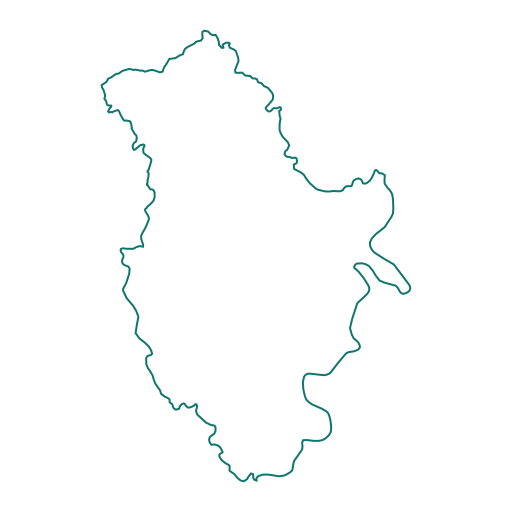 Mashaleng, Mohale's Hoek, Lesotho
{"feature_id": "5366337B32794114479913", "entity_name": "Mashaleng", "entity_type": "district", "adm_level": 2, "iso_a3": "LSO", "parent_name": "Lesotho", "parent_adm1": "Mohale's Hoek", "projection": "robinson", "projection_center": [27.391, -30.076], "detail": "fine", "context": "isolated", "style": "outline", "palette": "teal", "viewbox_px": 512, "rotation_deg": 0, "n_neighbors": 0, "source": "geoboundaries", "source_scale": "gbopen_adm2", "svg_char_len": 6034}
<svg xmlns="http://www.w3.org/2000/svg" viewBox="0 0 512 512"><path d="M215.6,34.9L212.5,35.2L210.2,33.7L208.1,31.5L204.3,30.7L202.4,31.9L202.3,35.1L202.7,38.1L200.9,40.6L197.9,41.2L195.9,41.9L194.2,43.7L188.0,46.8L185.2,48.7L183.7,51.5L183.0,54.1L179.2,55.7L175.4,58.1L169.3,59.0L166.2,64.4L164.0,67.4L162.6,71.6L159.9,72.4L157.1,71.3L152.8,70.0L150.7,70.0L144.9,71.7L143.0,70.7L140.8,70.7L135.6,69.6L133.6,70.0L131.8,69.4L128.9,69.0L122.4,70.9L118.5,73.6L115.9,74.0L110.9,77.5L107.9,78.9L107.4,80.3L106.1,82.1L101.7,85.1L102.0,87.5L103.6,90.2L105.0,94.8L105.1,96.6L104.4,98.3L104.5,99.0L106.1,100.8L106.8,103.9L107.2,104.8L108.5,105.5L111.0,105.5L111.4,105.9L111.2,106.6L109.2,109.1L108.2,111.5L108.9,112.4L111.8,112.0L112.3,112.3L112.8,111.8L117.6,110.1L118.1,110.2L118.5,110.5L119.2,111.4L120.2,114.0L121.9,117.3L123.6,120.1L124.5,120.6L125.4,120.5L128.6,120.9L129.5,121.1L130.2,121.6L131.0,123.4L131.8,127.4L131.6,128.1L131.8,128.9L134.9,134.2L136.0,135.0L136.4,135.9L136.8,137.9L136.2,141.2L135.2,142.2L134.6,142.4L133.4,143.9L132.9,145.1L132.7,146.6L132.9,148.0L133.6,149.5L133.8,149.8L134.8,149.7L135.3,149.4L140.3,145.2L143.3,144.5L144.2,144.9L144.5,146.2L143.8,147.0L143.2,148.8L143.4,152.4L143.7,153.1L145.9,154.9L149.6,157.5L151.3,159.3L151.3,160.7L150.5,163.8L148.6,169.9L147.8,170.7L147.5,171.7L148.2,172.3L148.6,173.1L148.6,174.3L148.4,177.0L147.5,180.5L147.6,182.5L147.0,183.6L147.0,184.8L147.5,184.8L147.8,185.6L150.3,189.2L152.7,189.6L153.2,189.9L154.6,192.3L154.6,197.3L153.6,200.3L153.0,201.3L149.7,204.8L147.4,206.5L147.3,207.1L146.9,207.7L145.2,209.2L145.0,210.1L145.3,211.1L147.8,215.3L148.4,216.5L148.8,218.0L148.9,219.2L148.6,220.3L146.4,225.6L145.1,228.4L142.0,233.8L141.1,236.2L141.3,239.2L143.2,245.0L143.0,246.7L139.7,246.1L136.6,247.0L133.3,248.8L126.8,248.8L122.9,248.3L121.0,248.9L120.6,250.0L120.9,251.7L121.9,253.2L123.1,254.4L123.5,255.8L123.3,257.5L122.3,259.4L122.0,261.5L122.6,263.4L124.2,265.0L128.4,266.6L129.6,268.6L129.2,273.8L126.1,283.3L123.1,288.8L123.2,290.8L126.6,298.1L133.1,305.8L136.0,310.5L138.4,316.8L136.9,324.5L135.6,333.2L139.3,338.3L145.1,342.9L148.8,346.5L151.2,350.5L152.1,353.8L151.1,354.9L148.0,355.8L147.1,356.5L146.2,358.2L146.3,364.1L148.1,368.5L149.9,370.8L152.6,375.6L154.0,380.3L155.4,383.7L160.1,390.5L161.0,393.5L161.8,394.5L162.4,394.7L163.9,396.1L168.6,398.5L169.2,399.1L169.6,399.8L169.6,402.0L170.0,402.6L172.2,404.2L173.4,407.7L174.2,408.7L176.1,409.7L177.9,409.0L178.8,408.9L179.3,408.4L179.5,407.1L180.3,405.7L181.9,404.1L183.8,403.4L184.7,403.9L185.8,405.8L187.9,407.6L189.3,407.5L190.7,407.2L193.8,405.8L194.6,405.2L195.0,404.5L195.7,404.2L196.5,404.5L196.7,405.3L197.2,406.3L196.0,411.0L197.3,414.6L205.9,422.5L210.9,425.0L214.6,425.6L215.5,427.4L215.5,430.9L214.1,433.9L210.1,436.7L209.5,438.0L209.1,439.5L209.5,441.9L210.0,443.0L211.2,444.7L214.6,444.5L216.5,445.0L218.8,446.0L220.6,448.0L222.5,451.7L222.5,452.4L220.2,453.8L219.3,454.8L219.3,456.2L220.1,457.8L221.7,460.2L225.3,463.1L228.4,464.8L229.3,465.7L229.7,466.7L229.5,470.2L230.1,471.2L234.0,473.8L237.4,477.9L240.5,480.4L243.8,481.3L247.1,479.1L248.7,476.3L251.0,473.5L253.1,474.3L253.3,477.8L254.4,479.8L256.5,480.5L256.3,479.3L256.7,477.9L258.0,476.3L261.9,474.8L265.8,474.5L269.9,474.8L279.1,476.3L284.2,475.5L286.5,474.5L290.5,472.0L292.0,470.6L292.7,468.4L293.1,465.2L294.0,461.2L302.1,449.5L302.5,446.4L302.1,442.5L303.2,440.2L306.5,440.0L314.0,440.9L318.2,440.9L321.2,440.4L322.7,440.0L325.5,438.4L328.6,435.5L330.1,433.3L330.7,431.9L331.1,430.2L331.1,426.0L330.6,421.6L330.0,418.4L329.1,415.2L327.9,412.9L326.2,411.2L321.8,408.7L311.9,404.3L308.8,402.1L306.4,399.7L304.9,396.3L303.3,389.2L302.9,381.9L304.1,376.7L305.5,374.9L307.6,373.8L309.5,373.6L324.0,375.2L327.0,374.6L330.2,373.1L337.5,363.6L345.2,354.4L346.9,352.8L349.2,352.0L353.6,351.4L358.1,349.7L359.9,347.5L359.6,345.0L358.3,342.5L356.0,340.2L353.9,338.6L351.7,334.4L350.0,328.0L352.3,318.5L357.3,303.2L366.5,294.6L368.4,292.3L369.3,289.8L369.2,287.6L368.3,285.4L363.9,278.4L359.1,272.3L356.0,269.2L354.8,268.4L354.0,267.2L354.9,265.1L356.7,263.6L362.2,263.3L365.6,264.2L368.9,266.0L372.7,270.5L375.9,275.8L379.5,280.5L384.4,282.6L395.4,285.6L397.1,286.9L398.3,288.7L399.8,291.6L401.2,293.0L403.2,293.9L405.7,293.2L407.7,292.2L409.5,290.7L410.3,288.2L409.5,285.2L393.9,264.5L383.6,258.5L374.3,252.5L372.2,250.1L370.6,247.3L370.0,244.9L370.0,242.4L371.8,238.5L376.2,233.8L384.7,227.1L391.4,216.9L393.0,213.4L393.3,208.4L393.1,201.5L392.8,197.9L392.2,194.5L391.0,191.9L389.6,190.0L387.7,188.0L384.7,183.7L384.5,180.9L384.8,175.2L381.9,173.3L379.4,173.3L376.9,170.4L376.0,170.0L374.8,170.7L374.0,173.2L371.7,177.9L370.2,180.3L368.3,182.0L366.1,183.4L364.5,183.6L362.9,183.3L362.4,181.7L361.1,179.6L359.7,178.8L358.5,178.5L356.4,178.9L353.9,180.3L353.0,181.8L351.8,185.6L350.9,186.3L349.1,186.1L346.3,186.3L344.9,187.3L343.6,188.7L342.9,190.0L340.9,191.1L339.1,191.3L333.1,191.0L329.5,191.5L325.0,191.4L317.9,189.7L315.5,188.3L309.6,183.0L306.2,178.6L304.0,175.0L301.6,172.9L294.1,168.9L293.8,164.6L294.2,164.3L296.5,163.3L297.0,161.6L296.6,158.6L295.6,157.7L291.3,157.9L289.8,156.9L287.1,156.8L285.8,156.1L284.5,154.2L285.3,151.2L287.3,149.7L289.2,145.4L287.8,142.2L282.6,136.7L280.6,133.0L279.6,130.3L279.6,124.0L280.5,118.6L279.6,115.6L279.2,110.9L280.8,109.9L280.9,108.8L280.7,107.6L280.0,107.2L279.3,107.2L277.7,108.0L276.2,108.3L273.9,108.1L272.5,109.0L271.6,110.3L270.3,111.2L269.4,111.5L268.3,111.3L267.1,110.3L266.0,109.1L265.7,108.0L266.4,106.8L268.6,104.6L272.6,99.8L273.1,97.8L273.1,95.8L272.4,93.3L268.0,87.9L263.7,85.9L262.1,83.8L261.1,83.1L258.0,82.2L257.1,79.5L255.4,78.5L252.5,78.4L250.5,76.1L247.7,75.7L245.6,75.7L244.2,74.7L243.3,73.6L241.9,72.6L239.7,72.8L236.5,72.8L235.5,72.6L235.3,72.1L235.1,70.3L235.2,69.5L238.5,61.2L238.2,57.8L235.8,51.0L234.0,49.6L230.0,47.8L229.2,46.3L229.0,45.0L229.8,43.8L229.1,42.8L226.0,42.7L224.5,43.7L223.2,44.2L222.6,45.1L223.4,47.2L223.4,47.7L222.2,48.0L221.8,47.8L219.1,45.1L218.8,41.8L218.2,40.2L217.9,38.7L215.6,34.9Z" fill="none" stroke="#0f766e" stroke-width="2"/></svg>